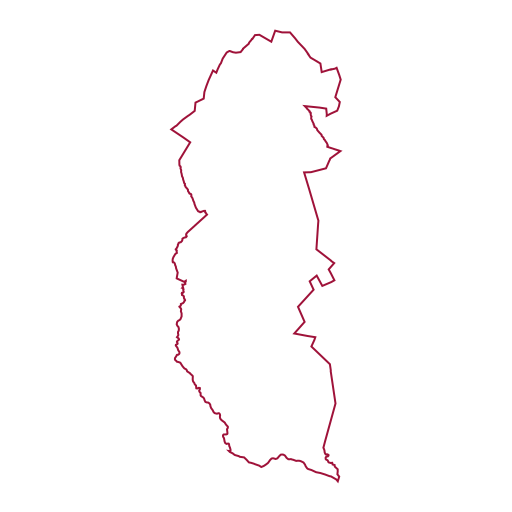 Matobo, Matabeleland South, Zimbabwe
{"feature_id": "62879985B11044582115440", "entity_name": "Matobo", "entity_type": "district", "adm_level": 2, "iso_a3": "ZWE", "parent_name": "Zimbabwe", "parent_adm1": "Matabeleland South", "projection": "mercator", "projection_center": [28.344, -20.969], "detail": "fine", "context": "isolated", "style": "outline", "palette": "rose", "viewbox_px": 512, "rotation_deg": 0, "n_neighbors": 0, "source": "geoboundaries", "source_scale": "gbopen_adm2", "svg_char_len": 6067}
<svg xmlns="http://www.w3.org/2000/svg" viewBox="0 0 512 512"><path d="M259.4,34.8L255.0,35.1L252.5,38.8L252.3,38.7L251.9,39.0L251.2,40.2L249.6,42.0L249.0,42.9L248.8,43.7L243.0,48.7L243.0,49.1L240.6,52.1L235.9,52.7L232.9,52.2L229.7,51.0L229.3,51.0L226.7,52.5L222.7,58.6L220.9,63.3L219.9,64.5L217.7,69.2L216.3,72.7L213.0,70.5L208.6,80.2L206.4,86.0L204.4,92.0L203.7,98.6L195.5,102.6L194.7,110.9L189.5,114.9L187.8,116.0L183.0,119.5L180.4,121.8L176.4,125.8L175.6,126.1L171.3,129.4L183.4,137.5L190.2,142.3L179.3,160.2L179.4,164.8L179.6,165.7L180.3,166.2L180.7,167.0L180.7,167.5L180.5,167.8L180.5,168.4L181.2,170.2L181.1,171.1L181.1,172.1L181.6,173.7L182.1,176.5L182.7,177.4L183.0,178.5L183.1,179.4L183.8,181.4L184.1,182.9L185.0,183.9L184.8,185.2L185.3,185.9L185.4,186.6L186.2,187.6L186.7,188.2L187.1,188.5L187.3,188.9L187.9,189.6L188.0,191.0L188.3,191.6L189.0,192.4L189.3,193.4L190.0,193.8L190.3,193.7L190.8,193.9L191.3,194.6L191.4,195.3L191.2,196.2L192.5,198.2L193.3,200.7L194.2,202.5L194.5,204.0L195.9,207.7L198.1,211.2L198.5,211.5L199.8,211.7L200.1,212.2L200.7,212.2L201.8,211.6L203.9,210.9L205.1,210.9L205.2,211.2L205.2,212.4L206.0,213.1L206.2,213.6L207.0,214.6L187.8,232.0L186.4,233.6L186.1,234.7L186.2,235.5L186.4,235.4L186.7,236.4L185.9,237.3L184.6,237.5L183.2,238.1L182.4,238.8L182.4,239.9L181.9,241.1L180.8,242.2L179.1,242.6L178.5,243.2L178.5,243.7L177.9,244.5L177.9,245.6L177.3,247.1L176.9,247.5L176.5,248.8L176.0,249.0L175.7,249.3L175.8,249.6L176.8,250.7L176.6,251.9L176.9,252.9L175.3,254.0L173.5,257.0L172.8,258.7L172.6,260.1L172.7,262.0L172.9,262.3L173.5,262.2L174.1,262.6L174.7,263.3L175.1,264.6L175.2,265.3L175.8,266.4L176.1,268.3L177.7,272.6L176.9,276.9L176.7,278.4L184.1,281.8L185.8,280.8L185.8,281.0L185.8,281.5L185.0,282.8L185.4,283.9L184.9,284.2L184.8,284.3L183.7,284.7L182.4,284.7L182.9,286.9L182.9,287.2L182.4,287.8L183.1,287.9L183.1,288.2L183.0,288.5L183.5,289.1L183.2,289.4L183.2,289.9L183.4,290.7L183.4,291.4L183.7,291.7L183.7,292.0L182.9,292.6L182.7,293.0L181.9,292.9L181.7,293.5L182.0,294.3L182.0,295.0L183.5,295.8L183.9,296.5L183.9,297.9L184.2,298.7L184.5,298.9L184.9,299.7L185.0,299.9L184.7,300.2L184.9,300.6L184.3,301.2L183.9,302.2L182.9,303.2L180.9,304.0L180.9,305.2L180.7,305.6L180.4,306.0L179.4,306.6L179.5,306.9L180.8,308.3L181.2,309.2L180.9,311.3L181.6,313.4L181.6,316.4L180.5,319.1L179.5,320.1L178.4,320.6L177.6,321.4L177.1,322.1L176.7,324.3L177.3,325.7L178.5,327.1L178.9,328.9L178.7,330.8L178.1,331.7L178.0,332.3L178.0,333.4L178.3,334.5L178.3,334.9L178.2,335.5L177.0,337.2L178.5,338.3L178.9,338.9L179.0,339.6L177.0,341.4L176.9,342.0L177.6,343.2L177.6,343.7L177.4,344.0L175.9,344.8L175.8,345.6L177.4,347.7L178.2,350.2L179.4,352.0L179.5,353.0L179.2,353.9L178.4,354.6L177.9,354.8L177.1,354.8L176.8,355.0L176.4,356.0L175.0,358.1L174.9,359.2L175.1,359.8L175.4,360.2L176.2,360.8L176.9,361.7L178.7,362.1L180.3,362.7L182.5,366.2L184.0,368.0L184.5,368.5L186.1,369.3L186.6,369.9L187.2,371.4L190.0,373.2L190.1,373.5L192.6,375.8L192.8,376.4L192.7,379.5L192.9,380.8L193.2,381.6L194.3,383.0L194.8,384.4L195.6,385.1L196.0,385.5L196.3,388.3L197.1,388.5L198.9,387.8L199.9,388.1L199.9,389.2L199.2,390.5L199.2,391.0L199.7,392.1L200.6,393.0L200.6,395.3L201.0,396.0L203.4,397.6L204.1,398.6L204.6,400.3L205.4,401.9L206.6,402.4L208.3,402.6L209.5,403.5L210.3,404.9L210.4,406.1L211.1,408.0L212.7,410.2L213.5,411.9L214.6,413.1L216.8,413.7L217.1,413.7L218.0,413.3L218.9,413.2L219.5,413.7L219.9,414.3L220.1,415.4L219.9,416.6L220.0,417.9L220.7,419.3L222.0,420.5L224.7,422.5L225.9,424.5L227.8,426.6L227.9,426.9L227.8,427.9L227.0,429.2L227.4,432.5L227.4,433.7L227.2,434.0L226.4,434.4L223.6,434.5L223.3,434.8L223.0,435.4L223.0,436.2L223.3,437.1L224.0,438.2L224.6,441.5L225.2,443.0L226.5,443.9L227.8,443.6L228.6,443.6L229.0,444.1L229.3,446.2L229.9,447.4L230.5,449.6L230.5,450.6L230.2,451.2L228.9,451.0L229.9,452.0L232.6,453.3L234.6,454.9L235.1,455.1L238.7,456.1L239.8,456.8L244.1,457.4L246.6,459.8L248.9,462.4L251.0,462.8L253.9,463.7L255.0,464.2L259.1,465.6L261.3,467.0L263.7,466.0L265.7,464.7L267.7,463.2L268.2,462.7L270.1,460.0L271.5,458.6L272.5,458.3L273.4,458.3L275.6,459.0L276.2,458.8L277.3,458.4L277.6,458.1L279.0,456.4L280.7,454.7L282.1,454.5L283.5,454.7L285.0,455.6L286.6,457.9L288.3,459.2L289.3,459.3L290.9,459.1L292.0,459.5L293.3,459.8L296.2,460.9L297.8,460.7L299.6,460.8L301.1,461.3L303.5,462.5L305.0,464.6L305.7,466.3L307.2,468.4L308.1,469.0L311.4,470.0L316.1,472.2L320.3,473.0L325.1,474.5L328.8,475.9L330.1,476.3L330.8,476.3L336.2,479.4L337.8,481.3L339.2,476.6L337.4,474.3L337.7,471.5L337.7,469.3L334.8,466.6L334.6,465.0L332.6,464.5L332.2,462.8L330.5,463.0L329.9,462.7L328.9,462.5L328.4,462.1L327.9,460.8L327.5,460.2L326.3,459.7L325.7,459.0L325.6,457.8L326.3,456.6L327.8,456.4L328.5,455.6L328.5,455.0L327.6,454.4L327.0,454.3L325.9,454.4L325.3,453.9L324.7,452.5L324.5,450.8L324.2,449.6L323.4,447.7L325.1,441.2L335.5,403.5L330.7,371.1L330.8,370.4L329.9,364.2L311.4,346.5L314.4,339.9L315.3,337.2L307.6,336.0L294.3,333.5L304.6,321.9L298.0,306.8L313.6,289.7L309.7,281.3L316.7,275.6L322.3,285.9L331.2,282.1L334.4,280.3L330.8,273.2L328.7,269.4L334.2,263.1L331.3,261.1L331.1,260.7L316.4,249.3L318.1,224.2L318.4,220.7L309.2,189.3L304.1,172.4L310.9,172.2L326.0,168.3L329.3,160.7L329.8,159.8L330.2,158.5L340.4,151.1L327.3,146.8L327.4,145.8L327.8,145.6L327.7,145.0L326.7,142.8L325.5,141.2L325.0,140.2L323.9,139.1L323.6,137.8L321.7,135.9L321.5,134.7L319.5,132.7L317.3,130.2L317.0,129.0L316.6,128.4L315.5,127.4L314.7,127.1L314.4,126.9L314.3,125.4L313.6,124.6L313.7,123.9L312.3,121.1L311.9,119.9L311.2,118.8L311.2,117.7L311.5,116.4L311.0,115.9L310.7,114.5L310.7,114.1L310.5,113.3L310.8,113.0L310.6,112.6L309.6,111.9L309.7,111.3L309.1,110.9L308.4,109.9L307.4,109.1L306.6,108.0L304.8,106.1L319.7,107.6L326.2,108.6L326.8,114.3L326.7,115.8L330.6,113.7L337.2,110.7L338.9,106.4L339.8,102.0L335.3,97.2L340.7,79.6L339.3,75.2L336.6,67.8L334.9,68.7L332.8,69.1L331.0,69.6L330.9,69.3L321.7,72.1L320.4,63.5L310.5,57.6L308.1,54.2L308.3,54.1L304.6,48.9L297.8,41.8L295.1,38.3L290.0,32.4L282.1,32.4L275.2,30.7L271.3,41.7L259.4,34.8Z" fill="none" stroke="#9f1239" stroke-width="2"/></svg>